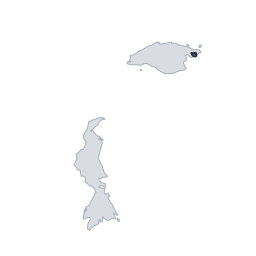 Padang Terap, Kedah, Malaysia (highlighted), rotated 119°
{"feature_id": "92858781B11501652719987", "entity_name": "Padang Terap", "entity_type": "district", "adm_level": 2, "iso_a3": "MYS", "parent_name": "Malaysia", "parent_adm1": "Kedah", "projection": "orthographic", "projection_center": [100.684, 6.234], "detail": "fine", "context": "in_parent", "style": "filled", "palette": "slate", "viewbox_px": 256, "rotation_deg": 119, "n_neighbors": 0, "source": "geoboundaries", "source_scale": "gbopen_adm2", "svg_char_len": 4723}
<svg xmlns="http://www.w3.org/2000/svg" viewBox="0 0 256 256"><g transform="rotate(119 128 128)"><path d="M218.4,126.3L217.1,126.1L215.2,124.9L213.3,124.6L207.8,124.7L207.0,124.4L205.9,125.1L204.0,124.6L202.9,124.7L201.7,125.4L199.9,124.8L199.1,125.9L198.0,126.6L196.8,129.5L196.6,133.0L196.9,135.1L196.3,136.3L196.1,138.7L195.7,139.7L194.2,140.2L193.5,139.9L192.1,141.4L191.8,142.0L191.7,144.4L192.8,145.1L192.8,145.6L190.6,147.6L188.6,148.8L188.3,149.7L189.1,151.8L188.8,152.7L187.7,153.3L186.9,155.9L186.0,157.6L185.6,157.8L184.3,157.3L179.0,158.2L177.4,159.6L175.9,160.5L174.7,159.7L174.1,159.8L169.1,158.4L168.9,157.1L168.4,156.9L163.3,157.1L160.1,158.6L158.9,161.9L157.2,162.3L156.0,163.4L153.7,163.4L152.4,163.7L150.2,163.2L148.1,163.2L141.6,165.4L139.4,163.9L133.0,158.2L132.1,157.1L131.9,155.3L131.1,155.0L130.9,154.5L130.8,154.0L131.8,152.5L132.8,154.4L134.4,155.4L137.2,156.1L139.8,155.8L143.4,157.7L144.6,158.0L145.8,157.8L148.1,159.2L149.5,159.3L147.6,158.3L147.3,157.5L147.5,156.6L148.7,155.4L148.9,153.6L149.7,151.8L149.9,150.9L149.3,150.3L149.1,149.2L149.6,147.6L150.8,148.4L151.9,148.2L151.8,145.3L152.6,144.1L153.8,143.2L166.0,140.1L168.0,139.4L169.4,138.5L173.7,132.4L178.9,126.6L179.5,124.6L179.5,123.2L179.8,122.8L180.3,122.6L181.5,123.3L182.1,123.9L183.2,126.3L184.2,126.3L186.0,128.6L186.4,128.9L186.9,128.7L188.2,127.2L188.5,126.1L188.2,125.9L188.8,124.7L188.3,123.9L187.7,121.0L190.7,118.9L190.8,121.2L191.7,124.6L193.2,125.0L194.0,124.8L193.6,123.8L193.4,121.8L192.9,120.5L192.0,118.9L194.5,118.4L196.4,116.6L196.7,115.4L195.4,114.8L194.9,113.9L194.9,113.0L196.8,110.8L197.0,111.4L198.3,111.6L198.9,111.5L199.8,110.6L200.2,109.3L201.7,107.5L202.4,104.7L206.1,100.2L209.0,94.8L209.6,95.2L209.8,96.6L209.3,99.1L210.6,98.5L212.8,94.9L214.1,95.5L214.1,96.4L214.7,98.2L218.5,100.3L219.1,102.6L218.3,103.5L218.7,105.6L218.4,106.3L217.2,107.0L220.5,106.3L222.5,104.9L223.7,107.0L221.8,107.9L222.3,108.8L224.1,108.2L225.2,107.5L226.3,107.6L228.0,108.4L228.6,108.9L228.9,109.9L230.2,110.2L232.9,111.6L235.2,111.5L236.1,112.2L236.0,114.1L234.8,115.2L230.0,116.9L228.7,116.9L226.9,116.4L225.6,116.8L224.8,118.6L226.3,120.4L228.9,122.2L229.3,122.6L228.8,123.6L223.1,125.2L221.9,125.1L219.7,124.3L218.4,126.3ZM25.2,103.7L25.9,101.1L26.8,101.0L27.8,102.5L30.9,103.6L31.9,103.3L32.3,103.5L32.8,103.9L33.7,105.9L35.7,106.0L35.9,109.2L35.0,110.4L34.9,111.3L36.4,112.8L37.2,112.4L38.0,111.1L41.3,109.7L42.7,111.2L43.9,111.2L44.9,110.6L45.6,108.9L46.9,107.6L47.4,105.9L49.3,106.4L50.1,106.7L52.3,110.2L55.1,112.6L57.3,114.0L58.6,115.3L62.2,121.6L62.6,123.6L62.8,126.7L62.3,131.4L61.6,133.7L61.8,134.8L62.7,136.5L62.4,138.1L62.5,143.1L63.6,144.9L66.7,147.0L71.3,156.6L72.1,159.4L71.7,160.4L70.8,160.7L70.1,160.1L69.7,158.8L68.6,157.8L68.8,159.7L66.8,159.4L65.4,159.8L63.8,161.1L63.0,161.1L61.6,158.7L56.4,155.9L54.5,155.2L52.5,153.2L48.0,150.9L45.1,148.6L43.9,147.2L41.0,146.0L39.7,144.5L38.4,143.7L39.1,142.3L38.5,139.6L36.4,137.1L35.4,135.4L33.4,133.7L31.9,131.6L32.8,130.9L31.3,128.7L30.8,127.0L30.8,123.9L29.2,119.4L27.8,113.3L28.1,111.2L27.7,108.9L25.2,103.7ZM212.8,92.7L212.2,93.3L212.0,91.7L212.8,90.8L214.1,90.6L214.2,92.1L213.9,92.5L212.8,92.7ZM22.2,103.4L23.0,104.6L22.4,105.3L21.9,105.2L21.0,105.7L20.1,104.5L19.9,104.0L21.1,104.1L22.2,103.4ZM151.2,147.8L150.9,147.9L150.4,147.6L150.2,144.2L150.6,143.8L151.1,144.5L151.2,147.8ZM27.7,115.3L26.8,116.9L26.0,116.8L26.2,114.9L26.6,114.7L27.7,115.3ZM221.8,126.0L220.3,126.2L219.2,126.3L219.4,125.3L219.8,125.2L221.8,126.0ZM71.3,145.3L70.5,145.4L70.3,144.9L70.9,143.8L71.3,145.3ZM38.7,142.6L38.1,142.8L38.2,142.1L38.6,141.7L38.7,142.6Z" fill="#d9dde1" stroke="#a8b0b8" stroke-width="1"/><path d="M31.5,108.9L31.6,109.0L31.8,109.1L32.0,109.0L32.0,108.9L32.1,108.7L32.1,108.4L32.3,108.3L32.3,108.2L32.5,108.1L32.7,107.9L32.8,107.8L32.7,107.7L32.8,107.5L32.9,107.4L32.9,107.2L32.9,106.9L33.0,106.9L33.2,107.0L33.3,107.0L33.4,106.9L33.5,106.8L33.5,106.7L33.5,106.4L33.5,106.1L33.3,105.8L33.3,105.7L33.2,105.5L33.2,105.4L33.3,105.3L33.4,105.2L33.3,104.9L33.2,104.8L33.1,104.7L33.1,104.4L33.1,104.2L33.0,103.9L33.0,103.7L32.9,103.7L32.7,103.6L32.3,103.5L32.2,103.4L32.2,103.2L31.9,103.2L31.9,103.3L31.7,103.4L31.7,103.5L31.3,103.6L31.1,103.7L30.9,103.5L30.7,103.4L30.6,103.5L30.5,103.8L30.4,103.8L30.2,103.9L30.2,104.0L30.2,104.3L29.9,104.3L29.7,104.4L29.7,104.5L29.5,104.8L29.6,105.0L29.8,105.3L29.7,105.5L29.8,105.5L29.7,105.6L29.8,105.7L29.7,105.7L29.7,105.8L29.7,106.0L29.8,106.2L29.8,106.3L29.9,106.5L30.0,106.5L30.2,106.4L30.3,106.3L30.3,106.2L30.5,106.2L30.5,106.4L30.5,106.5L30.6,106.8L30.8,106.9L31.0,107.1L31.0,107.3L31.1,107.5L31.0,107.8L31.1,108.0L31.3,108.3L31.5,108.5L31.7,108.8L31.5,108.9Z" fill="#64748b" stroke="#1e293b" stroke-width="1.5"/></g></svg>